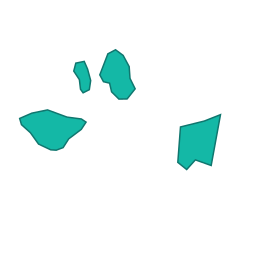 the state/province of Mont Fleuri, rotated 222°
{"feature_id": "SYC-5215", "entity_name": "Mont Fleuri", "entity_type": "state/province", "adm_level": 1, "iso_a3": "SYC", "parent_name": "Seychelles", "parent_adm1": "", "projection": "mercator", "projection_center": [55.496, -4.623], "detail": "fine", "context": "isolated", "style": "filled", "palette": "teal", "viewbox_px": 256, "rotation_deg": 222, "n_neighbors": 0, "source": "natural_earth", "source_scale": "10m", "svg_char_len": 705}
<svg xmlns="http://www.w3.org/2000/svg" viewBox="0 0 256 256"><g transform="rotate(222 128 128)"><path d="M166.5,63.5L170.8,60.1L183.7,56.2L197.4,59.2L209.4,59.2L214.9,62.6L209.4,74.7L199.9,87.6L180.6,95.3L168.7,103.5L163.1,104.3L161.8,95.7L164.8,80.3L163.1,70.0L166.5,63.5ZM56.6,136.4L68.0,135.8L89.7,163.9L75.9,184.3L68.2,199.8L41.1,155.8L56.6,149.4L56.6,136.4ZM177.2,146.0L184.5,148.6L192.6,169.7L189.6,177.8L180.2,178.7L168.2,174.4L159.7,166.2L148.9,161.9L148.1,149.0L154.1,143.4L164.4,143.9L171.7,149.0L177.2,146.0ZM184.9,124.1L189.2,125.0L196.5,131.4L206.4,134.0L210.2,141.3L205.1,148.2L197.4,144.7L187.5,138.3L182.4,130.6L184.9,124.1Z" fill="#14b8a6" stroke="#0f766e" stroke-width="1.5"/></g></svg>